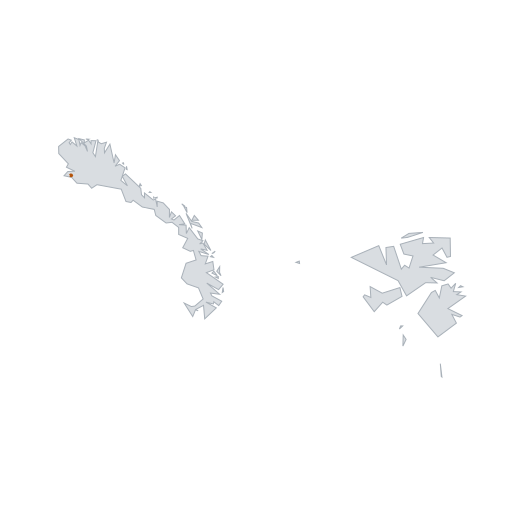 location of Eidsberg nor, Østfold, Norway, rotated 100°
{"feature_id": "86288312B32613923772103", "entity_name": "Eidsberg nor", "entity_type": "district", "adm_level": 2, "iso_a3": "NOR", "parent_name": "Norway", "parent_adm1": "Østfold", "projection": "mercator", "projection_center": [11.349, 59.529], "detail": "fine", "context": "in_parent", "style": "filled", "palette": "amber", "viewbox_px": 512, "rotation_deg": 100, "n_neighbors": 0, "source": "geoboundaries", "source_scale": "gbopen_adm2", "svg_char_len": 4303}
<svg xmlns="http://www.w3.org/2000/svg" viewBox="0 0 512 512"><g transform="rotate(100 256 256)"><path d="M270.3,314.3L261.4,318.6L262.8,321.5L260.6,329.6L250.5,326.3L248.2,335.9L241.3,337.1L237.4,344.5L239.1,350.3L233.5,361.7L227.8,364.3L227.5,376.5L222.4,386.7L225.0,388.4L224.9,393.5L213.6,400.3L213.4,425.0L217.8,429.6L214.3,434.0L215.4,445.0L210.6,451.2L210.3,459.0L205.5,456.0L204.0,449.1L201.5,458.1L197.8,456.8L189.4,468.0L182.4,469.4L173.4,461.4L174.0,458.0L176.9,459.7L178.5,458.2L175.6,457.0L178.8,451.5L171.1,455.5L172.1,450.6L177.6,448.5L174.7,447.9L177.2,443.5L182.3,440.1L177.2,442.1L171.2,450.6L171.5,445.2L174.4,444.8L171.1,440.9L174.2,437.9L171.0,438.5L170.3,433.6L182.6,434.6L186.0,431.4L170.9,431.7L172.3,427.9L169.9,423.0L176.4,424.1L180.7,423.1L171.2,419.3L189.0,411.9L180.7,412.0L185.8,407.0L192.1,410.4L189.3,406.2L191.9,400.3L205.0,402.2L209.2,394.8L200.8,401.5L197.8,398.8L209.4,381.2L215.6,379.4L218.0,375.9L213.3,376.8L218.7,366.9L217.2,364.8L224.8,361.8L219.2,362.8L219.8,356.6L225.2,349.3L233.1,348.0L227.2,346.9L230.4,342.2L234.2,345.7L234.8,343.0L229.4,338.4L236.7,331.7L238.5,337.3L237.8,330.2L246.0,328.5L239.7,326.7L249.3,316.3L250.2,310.9L253.9,313.6L252.4,310.6L258.9,305.1L258.6,311.7L262.7,302.7L261.4,313.1L265.2,310.1L264.5,303.2L272.6,304.6L268.9,297.6L276.9,295.0L281.0,302.0L289.5,283.5L295.6,287.0L291.2,299.8L300.0,285.2L300.4,294.4L302.9,292.6L306.5,281.9L311.3,284.1L308.4,289.6L310.6,289.7L310.1,297.3L314.0,286.1L326.8,295.6L313.7,299.1L319.2,306.2L326.6,307.8L314.8,318.6L317.0,310.9L315.9,307.5L307.5,300.6L297.4,307.1L295.4,319.1L290.5,325.7L275.3,323.6L270.3,314.3ZM238.1,57.8L247.7,66.4L246.7,80.3L251.1,73.0L252.8,84.3L269.1,100.8L255.6,111.8L240.8,161.9L224.5,136.9L242.1,125.9L225.1,129.5L222.6,122.1L243.7,110.6L239.3,108.0L241.3,103.2L228.7,101.4L228.4,110.7L219.4,116.0L208.7,94.2L214.9,94.2L212.4,83.3L207.7,88.6L204.6,67.9L222.7,64.4L224.1,67.7L215.8,74.2L224.3,81.8L229.6,67.6L238.7,93.4L235.6,69.5L238.1,57.8ZM259.1,42.6L274.5,57.9L278.9,42.7L280.7,44.5L279.5,53.0L287.3,47.0L304.1,62.8L284.5,86.5L261.5,76.9L258.8,73.5L265.5,68.2L253.1,67.8L250.2,62.0L253.8,58.3L248.2,54.6L256.8,55.5L255.8,47.9L259.2,51.6L259.1,42.6ZM270.4,105.2L281.6,118.6L279.5,123.2L290.3,129.9L277.6,143.4L275.4,142.3L276.9,135.7L266.3,138.3L270.7,125.2L262.1,108.8L270.4,105.2ZM235.2,326.2L239.9,323.7L226.1,332.3L233.1,325.3L233.5,318.2L237.4,314.3L235.2,326.2ZM242.7,312.8L249.1,312.2L241.5,317.7L242.7,312.8ZM249.0,308.7L258.4,301.4L253.4,309.1L249.0,308.7ZM203.8,95.7L211.4,110.1L213.2,116.1L207.2,109.3L203.8,95.7ZM230.8,318.9L231.9,325.3L226.8,323.8L230.8,318.9ZM281.5,287.0L277.8,292.0L272.8,289.9L278.6,289.0L281.5,287.0ZM282.1,290.7L280.5,296.4L278.3,294.9L282.1,290.7ZM220.3,332.8L225.3,331.4L219.9,335.5L220.3,332.8ZM342.5,52.6L330.0,55.8L342.9,51.9L342.5,52.6ZM312.1,93.7L319.2,95.7L308.3,97.3L312.1,93.7ZM292.8,283.0L296.6,281.7L297.8,282.9L292.8,283.0ZM284.6,289.2L283.8,292.3L282.8,289.6L284.6,289.2ZM264.7,297.6L264.6,300.7L263.2,299.6L264.7,297.6ZM255.8,211.8L255.3,215.5L253.5,212.5L255.8,211.8ZM303.0,102.1L299.7,101.4L299.4,99.4L303.0,102.1ZM206.6,381.1L207.5,383.1L204.9,382.7L206.6,381.1ZM258.3,297.0L260.2,298.1L261.3,299.9L258.3,297.0ZM250.4,46.9L251.8,50.9L249.7,49.4L250.4,46.9ZM193.1,398.9L190.1,399.1L193.3,397.9L193.1,398.9ZM188.8,402.0L187.7,403.6L187.2,402.8L188.8,402.0ZM219.1,336.1L217.5,338.2L219.3,334.6L219.1,336.1ZM170.6,441.6L170.3,443.9L170.0,440.8L170.6,441.6ZM216.0,365.2L215.3,363.5L216.2,363.6L216.0,365.2ZM320.0,303.4L319.6,305.8L319.5,305.4L320.0,303.4ZM216.8,366.8L215.1,367.2L217.2,366.4L216.8,366.8ZM211.7,370.6L211.9,372.2L211.1,371.7L211.7,370.6ZM169.8,431.5L169.1,433.0L169.2,431.8L169.8,431.5Z" fill="#d9dde1" stroke="#a8b0b8" stroke-width="1"/><path d="M207.6,451.8L207.7,452.0L207.8,452.1L207.9,452.3L207.9,452.5L208.0,452.7L208.3,452.7L208.3,452.8L208.4,452.7L208.5,452.7L208.4,452.7L208.5,452.6L208.8,452.7L209.0,452.5L209.3,452.5L209.5,452.6L209.8,452.6L209.8,452.4L209.7,452.4L209.7,452.2L209.7,451.9L209.7,451.7L209.5,451.4L209.5,451.2L209.4,451.2L209.2,451.1L208.9,451.0L208.9,451.3L208.8,451.2L208.7,451.1L208.5,451.3L208.4,451.3L208.2,451.4L208.1,451.2L207.9,451.3L207.8,451.5L207.7,451.5L207.8,451.5L207.7,451.6L207.6,451.8L207.6,451.8Z" fill="#f59e0b" stroke="#b45309" stroke-width="1.5"/></g></svg>